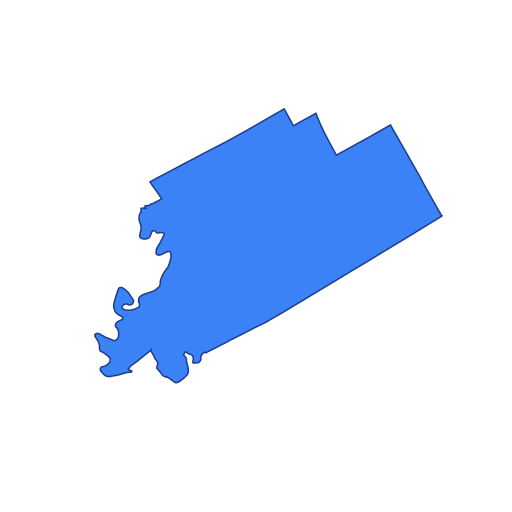 Sfantu Gheorghe, Ialomita, Romania (Albers equal-area conic projection), rotated 35°
{"feature_id": "2599482B85918510694904", "entity_name": "Sfantu Gheorghe", "entity_type": "district", "adm_level": 2, "iso_a3": "ROU", "parent_name": "Romania", "parent_adm1": "Ialomita", "projection": "albers", "projection_center": [26.838, 44.661], "detail": "fine", "context": "isolated", "style": "filled", "palette": "blue", "viewbox_px": 512, "rotation_deg": 35, "n_neighbors": 0, "source": "geoboundaries", "source_scale": "gbopen_adm2", "svg_char_len": 6068}
<svg xmlns="http://www.w3.org/2000/svg" viewBox="0 0 512 512"><g transform="rotate(35 256 256)"><path d="M212.8,430.7L214.0,429.3L216.2,426.5L217.5,425.1L219.4,423.5L220.6,422.5L220.4,422.0L220.2,421.5L219.6,421.6L218.0,422.0L217.0,421.9L216.0,421.7L216.4,420.1L216.4,419.4L216.3,418.7L216.4,418.1L218.1,413.2L219.3,409.9L220.1,406.6L222.9,397.1L223.7,394.1L223.9,393.6L223.9,393.1L224.3,393.7L224.7,394.0L225.8,394.7L226.9,395.2L228.9,396.1L230.8,397.1L231.3,397.5L232.6,398.2L234.2,398.6L235.5,399.1L236.2,399.4L236.9,399.8L237.3,400.6L238.0,402.4L238.9,404.7L239.8,405.0L242.0,405.5L245.3,406.5L248.5,407.4L249.0,407.4L249.4,407.3L252.2,406.7L252.3,406.6L252.3,406.0L262.7,406.0L263.0,405.8L263.6,405.3L264.2,404.7L264.9,403.5L265.7,401.5L266.8,398.1L267.2,396.3L267.4,395.2L267.7,392.8L267.7,392.2L267.6,391.5L267.4,390.8L266.6,389.2L265.9,388.2L265.2,387.3L264.4,386.4L263.8,385.9L263.1,385.3L261.7,384.2L260.1,382.7L259.5,382.0L258.4,380.7L257.8,380.2L257.0,379.5L256.6,379.3L253.9,378.7L253.2,378.4L253.1,374.8L255.4,374.8L256.5,374.8L258.8,374.2L259.8,374.0L260.1,374.0L260.4,374.0L261.0,374.1L261.8,374.4L262.8,375.2L263.4,375.9L263.8,376.4L264.2,377.2L264.6,378.2L265.0,379.1L265.3,379.4L265.6,379.6L265.8,379.6L266.0,379.6L266.3,379.5L267.1,378.9L268.2,378.0L269.3,377.0L269.8,376.6L270.2,375.8L270.4,375.0L270.5,373.8L270.4,373.2L270.1,372.2L269.5,371.4L269.0,370.8L268.6,370.3L268.3,368.9L268.2,367.7L268.6,365.6L268.9,364.8L269.1,364.5L269.6,364.1L270.0,364.0L270.4,364.1L271.8,361.4L277.8,350.2L281.9,342.4L282.2,341.6L282.3,341.3L284.0,338.3L291.1,324.9L293.3,320.8L295.9,315.8L301.9,305.0L307.7,292.4L308.4,290.8L308.5,290.9L314.4,277.7L320.6,263.8L324.5,254.9L333.7,234.2L337.3,226.0L339.7,220.6L341.0,217.6L343.3,212.4L348.9,200.0L352.0,192.9L356.5,182.6L363.0,167.9L366.5,160.1L372.2,147.1L373.4,144.2L383.6,120.8L385.3,116.8L385.3,116.5L385.1,116.6L384.8,116.4L379.6,114.0L376.6,112.6L370.5,109.7L364.4,106.7L364.2,106.6L356.8,103.1L349.5,99.5L349.1,99.2L343.1,96.2L341.7,95.6L337.8,93.7L327.8,89.0L320.6,85.5L317.3,84.0L312.3,81.6L312.0,81.5L311.8,81.4L303.4,77.4L295.9,73.9L291.0,71.5L283.9,86.4L280.6,93.5L279.0,96.7L278.3,98.1L277.4,100.0L274.7,105.3L272.6,109.7L268.5,118.2L264.0,127.3L260.6,125.6L250.5,120.6L248.2,119.4L240.9,115.6L232.8,110.9L226.6,106.9L223.6,105.0L223.2,104.7L222.4,106.4L220.8,109.7L217.2,117.0L215.5,120.5L211.9,127.9L199.1,121.5L194.8,119.3L194.7,119.4L193.0,123.0L189.9,129.5L185.1,139.8L175.7,159.8L166.1,179.4L156.1,198.4L146.4,217.3L144.1,221.7L136.8,236.2L136.7,236.3L134.6,240.4L131.2,246.9L129.3,250.6L126.7,256.1L128.8,257.0L133.0,258.5L138.8,260.5L144.9,262.9L146.0,263.3L142.7,269.7L141.6,271.7L140.8,273.0L140.6,273.2L140.4,273.4L139.9,274.2L139.9,274.8L138.8,276.6L137.8,277.3L137.2,277.6L136.4,278.9L138.5,280.3L136.6,281.0L135.0,282.4L134.5,283.0L134.9,283.4L135.4,284.1L135.8,284.7L136.1,285.3L136.4,286.1L136.9,289.2L137.2,289.9L137.7,290.9L138.6,292.2L139.5,293.5L140.5,294.3L141.6,295.0L142.8,296.0L144.1,297.1L145.3,298.2L145.7,298.7L146.2,299.5L146.7,300.4L147.2,301.6L148.5,305.1L148.9,305.8L149.5,306.5L149.8,306.7L150.2,307.1L150.8,307.3L151.3,307.3L152.0,307.3L152.9,307.0L153.7,306.7L154.3,306.5L155.4,305.7L156.3,304.9L156.9,304.2L157.2,303.7L157.6,303.0L157.8,302.3L157.9,301.6L157.9,300.9L157.7,299.5L157.2,297.5L156.8,296.4L156.7,295.9L156.9,295.4L157.0,294.8L157.4,294.1L158.1,293.7L158.6,293.5L158.9,293.5L160.5,293.8L161.1,293.9L161.6,293.9L162.0,293.7L162.5,293.5L163.0,293.0L163.4,292.5L164.7,291.2L166.3,290.4L166.6,290.2L167.2,290.2L167.7,290.3L168.1,290.6L168.3,290.9L168.5,291.8L168.7,292.5L168.9,293.9L169.3,296.3L169.4,297.4L169.7,299.2L169.9,301.7L170.2,305.9L170.4,307.0L171.0,308.5L172.1,310.6L172.8,311.3L173.2,311.5L173.9,311.6L174.4,311.6L175.3,311.4L176.1,310.8L176.9,310.2L178.0,308.5L180.3,304.3L180.9,303.5L181.5,302.8L181.8,302.4L182.3,302.1L182.7,301.9L183.2,301.9L183.5,302.0L184.1,302.2L184.5,302.5L185.3,303.3L186.7,305.2L187.5,306.6L188.1,308.1L188.9,310.4L189.9,314.0L190.2,315.2L190.2,316.6L190.1,319.2L190.1,321.4L190.2,323.4L190.4,325.2L190.7,327.2L191.2,328.9L191.7,330.5L192.1,331.5L193.0,333.0L193.6,334.0L193.9,334.7L194.2,335.6L194.3,336.2L194.2,337.0L193.3,340.6L193.1,341.6L192.5,342.9L191.5,344.4L186.2,351.6L185.4,353.0L184.9,353.9L184.6,354.7L184.3,356.2L184.2,357.0L184.2,357.4L185.2,359.8L185.8,360.5L186.3,360.9L187.9,362.0L188.8,362.9L189.1,363.3L189.3,363.9L189.3,364.6L189.2,365.1L188.2,367.2L187.3,368.8L186.0,370.5L184.6,372.0L182.7,373.5L179.7,375.3L178.4,375.6L177.1,375.6L176.3,375.5L175.8,375.1L175.3,374.4L175.2,374.0L175.1,373.5L175.2,373.0L176.0,371.0L176.3,370.5L176.6,370.2L177.2,369.7L178.2,369.4L179.5,369.1L180.8,368.4L181.6,367.6L182.1,366.6L182.2,365.9L182.2,364.7L182.0,364.0L181.6,363.3L180.9,362.6L180.1,362.1L179.0,361.7L177.1,361.0L175.3,360.3L174.1,359.8L172.5,359.2L169.3,358.7L167.7,358.6L165.5,358.6L164.7,358.7L163.9,358.9L163.0,359.6L162.5,360.1L162.2,361.0L162.2,362.0L162.5,363.3L163.1,365.1L164.2,369.0L165.6,373.1L167.0,376.9L168.1,378.6L169.3,380.0L171.0,381.3L171.9,382.0L173.0,382.5L174.6,382.9L176.2,383.0L177.4,383.0L178.7,382.8L181.2,382.6L181.9,382.7L182.3,382.8L182.7,383.1L182.9,383.8L182.8,384.6L181.1,387.9L180.4,389.0L180.1,390.3L180.0,391.3L180.1,392.2L180.4,393.1L180.8,393.8L181.4,394.3L181.9,394.5L182.9,394.7L183.7,394.9L184.6,395.3L186.1,396.2L187.2,397.3L188.2,398.6L189.2,400.3L189.6,401.2L189.9,402.4L189.9,403.6L189.8,404.7L189.3,405.9L188.7,406.4L188.4,406.6L186.6,407.1L178.9,409.0L177.6,409.0L173.5,409.5L172.0,409.7L170.6,410.2L169.8,411.0L169.4,411.7L169.2,412.3L169.1,412.9L169.8,413.8L170.6,414.3L175.5,416.4L176.9,417.2L179.4,419.4L179.8,420.2L181.8,422.6L182.7,423.1L183.7,423.1L185.9,422.7L190.6,422.7L192.2,422.8L194.5,423.3L195.3,423.8L195.8,424.1L196.8,426.0L196.9,426.7L196.9,428.2L196.7,429.4L196.3,430.9L195.7,432.3L193.4,435.2L193.0,435.7L192.9,436.8L193.1,437.7L193.6,438.4L194.9,439.4L197.0,439.9L200.3,440.5L201.8,440.4L203.0,440.0L204.5,439.3L205.9,438.1L207.0,436.9L209.1,434.9L212.0,431.8L212.8,430.7Z" fill="#3b82f6" stroke="#1e3a8a" stroke-width="1.5"/></g></svg>